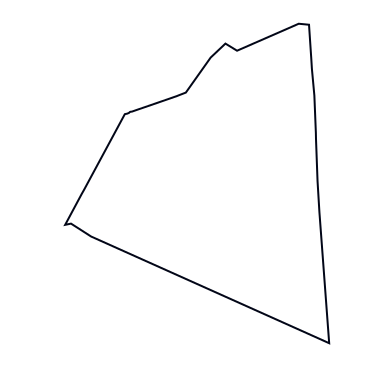 the district of Cabarrus, North Carolina, United States of America, rotated 86°
{"feature_id": "52423323B48956333130626", "entity_name": "Cabarrus", "entity_type": "district", "adm_level": 2, "iso_a3": "USA", "parent_name": "United States of America", "parent_adm1": "North Carolina", "projection": "orthographic", "projection_center": [-80.633, 35.346], "detail": "fine", "context": "isolated", "style": "outline", "palette": "ink", "viewbox_px": 384, "rotation_deg": 86, "n_neighbors": 0, "source": "geoboundaries", "source_scale": "gbopen_adm2", "svg_char_len": 573}
<svg xmlns="http://www.w3.org/2000/svg" viewBox="0 0 384 384"><g transform="rotate(86 192 192)"><path d="M352.4,65.7L220.8,66.3L189.8,66.0L147.6,64.6L141.5,64.3L104.3,63.2L77.5,63.8L66.1,63.7L63.9,63.7L33.3,63.6L31.6,73.8L54.2,137.2L46.3,148.3L59.2,164.0L92.4,191.2L94.7,198.7L95.2,200.2L99.5,216.1L106.2,241.1L107.6,246.2L107.7,247.9L107.8,248.2L108.0,248.5L108.4,249.0L108.7,249.4L109.3,251.1L109.6,253.2L109.7,253.6L153.8,281.5L182.1,299.4L186.2,302.1L186.5,302.3L215.9,320.8L215.1,314.9L229.4,295.7L352.4,65.7Z" fill="none" stroke="#020617" stroke-width="2"/></g></svg>